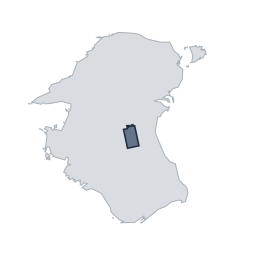 location of Anangu Pitjantjatjara Yunkunytjatjara, South Australia, Australia, rotated 258°
{"feature_id": "25037944B76937209298521", "entity_name": "Anangu Pitjantjatjara Yunkunytjatjara", "entity_type": "district", "adm_level": 2, "iso_a3": "AUS", "parent_name": "Australia", "parent_adm1": "South Australia", "projection": "robinson", "projection_center": [130.361, -27.059], "detail": "fine", "context": "in_parent", "style": "filled", "palette": "slate", "viewbox_px": 256, "rotation_deg": 258, "n_neighbors": 0, "source": "geoboundaries", "source_scale": "gbopen_adm2", "svg_char_len": 5021}
<svg xmlns="http://www.w3.org/2000/svg" viewBox="0 0 256 256"><g transform="rotate(258 128 128)"><path d="M176.6,46.0L179.2,59.2L182.7,58.6L186.5,62.5L187.0,70.5L189.3,73.3L189.7,80.8L191.3,84.7L202.5,91.9L206.6,103.7L207.9,104.3L208.2,102.2L210.6,104.4L211.0,103.3L211.8,109.3L213.3,111.1L216.4,113.0L222.3,123.1L221.7,129.9L223.6,138.0L219.5,153.2L217.0,158.8L211.1,165.1L205.2,177.4L203.4,186.7L193.9,189.0L189.0,193.0L186.1,193.3L186.8,195.6L182.5,192.3L183.2,191.5L182.9,190.7L182.1,190.6L180.5,192.1L179.5,191.2L181.4,189.8L180.4,188.8L174.0,193.8L164.6,191.3L157.4,185.2L157.3,180.4L154.0,176.1L155.5,176.2L155.5,174.9L150.4,176.2L152.0,173.0L150.2,168.3L148.2,173.7L144.5,174.2L145.2,172.4L146.9,172.4L149.5,165.1L149.0,159.5L146.3,165.3L142.6,167.5L140.0,171.0L140.4,172.8L138.9,172.5L136.5,170.6L138.0,170.6L137.0,167.1L134.8,163.3L132.8,162.8L132.6,159.4L118.3,153.6L94.1,158.0L86.4,161.9L83.1,166.9L66.3,167.2L57.4,173.2L51.2,172.8L44.1,168.8L43.8,164.7L45.6,165.4L46.9,162.9L46.6,154.7L43.5,148.4L42.1,140.6L33.7,124.3L36.8,126.1L34.8,121.1L36.2,124.0L38.5,124.9L34.4,114.7L36.9,100.7L37.6,104.0L40.2,100.3L49.5,93.9L52.9,94.3L69.9,88.1L76.3,79.9L75.8,74.5L79.2,70.7L82.1,76.7L83.5,73.3L81.7,71.0L82.2,69.5L87.8,70.5L86.0,69.9L87.2,67.6L86.2,65.5L89.2,65.2L88.1,63.7L90.6,63.4L89.7,61.2L91.9,58.7L92.0,60.2L93.8,60.0L93.9,57.2L96.4,58.2L98.0,55.9L100.7,57.5L104.3,61.4L103.6,64.6L106.1,61.5L111.2,63.6L112.2,61.8L109.9,59.4L115.9,48.6L117.1,49.3L119.2,46.6L119.9,47.8L126.0,46.9L125.8,44.3L121.7,42.4L122.4,41.8L137.2,47.3L141.5,45.3L140.5,47.4L142.3,48.6L144.5,46.0L146.5,48.2L144.1,53.0L141.5,53.4L141.6,56.9L139.2,62.4L152.5,72.2L156.2,73.2L157.3,75.6L163.3,77.2L167.8,68.7L168.2,56.2L169.0,51.5L170.5,50.3L169.3,48.2L173.2,39.2L176.6,46.0ZM178.8,204.0L185.7,206.6L194.3,205.0L194.3,212.4L193.8,211.0L192.8,212.6L192.2,217.5L189.4,215.5L187.2,220.0L183.6,219.6L184.4,218.4L181.4,216.2L180.3,212.4L181.7,213.1L178.7,207.9L178.8,204.0ZM114.8,41.8L119.0,41.8L120.4,43.2L117.5,45.9L114.8,41.8ZM142.9,177.8L150.1,177.5L147.0,178.8L142.9,177.8ZM145.3,56.2L146.1,58.9L143.4,58.4L143.9,56.5L145.3,56.2ZM221.9,122.0L221.9,118.9L223.0,116.3L223.4,118.2L221.9,122.0ZM192.7,199.6L195.0,200.2L195.0,201.3L192.7,199.6ZM114.3,42.6L115.8,45.3L113.1,45.1L114.3,42.6ZM176.4,200.1L175.1,199.8L175.9,198.0L176.4,200.1ZM159.5,71.1L158.2,71.9L156.9,72.4L157.6,70.9L159.5,71.1ZM33.6,123.6L32.5,122.1L32.4,120.8L32.6,120.7L33.6,123.6ZM194.4,202.3L195.3,203.0L193.6,202.4L194.4,202.3ZM212.7,109.7L213.7,109.7L213.7,111.1L212.7,109.7ZM190.0,80.7L191.2,81.5L191.0,82.0L190.0,80.7ZM189.1,218.2L189.1,219.4L188.3,219.0L189.1,218.2ZM223.1,131.1L223.1,132.8L223.0,132.7L223.1,131.1ZM125.6,41.7L124.9,41.0L125.4,40.6L125.6,41.7ZM145.5,41.8L144.5,43.2L145.7,40.8L145.5,41.8ZM223.4,129.0L222.9,129.6L223.2,129.0L223.4,129.0ZM146.9,66.4L146.3,66.7L146.6,66.1L146.9,66.4ZM143.2,56.1L142.4,56.3L142.9,55.4L143.2,56.1ZM43.5,94.0L43.3,95.1L42.9,95.0L43.5,94.0ZM171.9,38.5L171.9,39.5L171.6,38.8L171.9,38.5ZM182.1,191.1L182.3,191.6L182.0,191.5L182.1,191.1ZM144.2,43.6L142.8,44.5L144.2,43.3L144.2,43.6ZM89.8,59.9L89.3,60.5L89.6,59.8L89.8,59.9ZM189.7,217.3L189.2,217.5L189.5,217.1L189.7,217.3ZM158.9,74.3L158.1,74.3L158.5,73.7L158.9,74.3ZM87.0,64.7L86.6,65.1L86.6,64.3L87.0,64.7ZM193.3,214.7L192.7,215.1L192.9,214.4L193.3,214.7ZM172.4,36.0L172.3,36.7L171.9,36.4L172.4,36.0ZM181.7,191.8L182.3,192.4L181.3,192.2L181.7,191.8ZM203.8,91.8L203.3,91.9L203.6,91.2L203.8,91.8ZM207.7,102.1L207.7,101.6L207.7,102.1ZM179.1,203.1L178.9,203.5L178.8,202.9L179.1,203.1Z" fill="#d9dde1" stroke="#a8b0b8" stroke-width="1"/><path d="M108.2,123.3L108.2,123.5L108.3,123.7L108.3,123.8L108.3,124.0L108.3,124.3L108.3,124.5L108.3,124.8L108.3,125.0L108.3,125.3L108.3,125.5L108.3,125.8L108.3,126.0L108.3,126.3L108.3,126.6L108.3,126.8L108.3,127.0L108.3,127.3L108.3,135.0L117.7,135.0L122.4,135.0L127.0,135.0L128.7,135.0L128.7,134.7L128.7,133.5L129.3,133.5L130.2,133.5L130.2,131.9L129.4,131.9L129.2,131.9L129.2,131.1L129.2,130.3L129.4,130.3L129.4,129.6L129.2,129.2L128.8,128.8L128.8,128.7L128.8,128.3L128.8,128.2L128.7,128.1L128.6,127.8L128.8,127.3L128.5,127.3L127.6,127.3L127.4,127.1L127.3,126.8L127.3,126.5L127.4,126.3L127.4,126.0L127.4,125.7L127.5,125.3L127.6,123.3L127.2,123.3L126.4,123.3L124.8,123.3L124.4,123.3L124.2,123.3L122.6,123.3L122.3,123.3L122.2,123.3L121.0,123.3L120.9,123.3L120.7,123.3L120.4,123.3L120.2,123.3L119.4,123.3L119.2,123.3L118.9,123.3L118.6,123.3L117.9,123.3L116.5,123.3L116.4,123.3L115.5,123.3L115.3,123.3L114.9,123.3L114.7,123.3L114.4,123.3L114.1,123.3L113.9,123.3L113.7,123.3L112.5,123.3L112.2,123.3L111.8,123.3L111.7,123.3L111.3,123.3L111.2,123.3L110.8,123.3L110.7,123.3L110.2,123.3L109.8,123.3L109.7,123.3L109.2,123.3L108.9,123.3L108.3,123.3L108.2,123.3ZM129.4,129.6L129.5,129.6L130.1,129.6L130.1,129.2L130.3,129.0L130.3,128.8L130.6,127.3L129.9,127.3L129.5,127.3L129.1,127.3L128.8,127.3L128.7,127.8L128.7,128.0L128.8,128.2L128.8,128.3L128.8,128.7L128.8,128.8L129.2,129.2L129.4,129.6Z" fill="#64748b" stroke="#1e293b" stroke-width="1.5"/></g></svg>